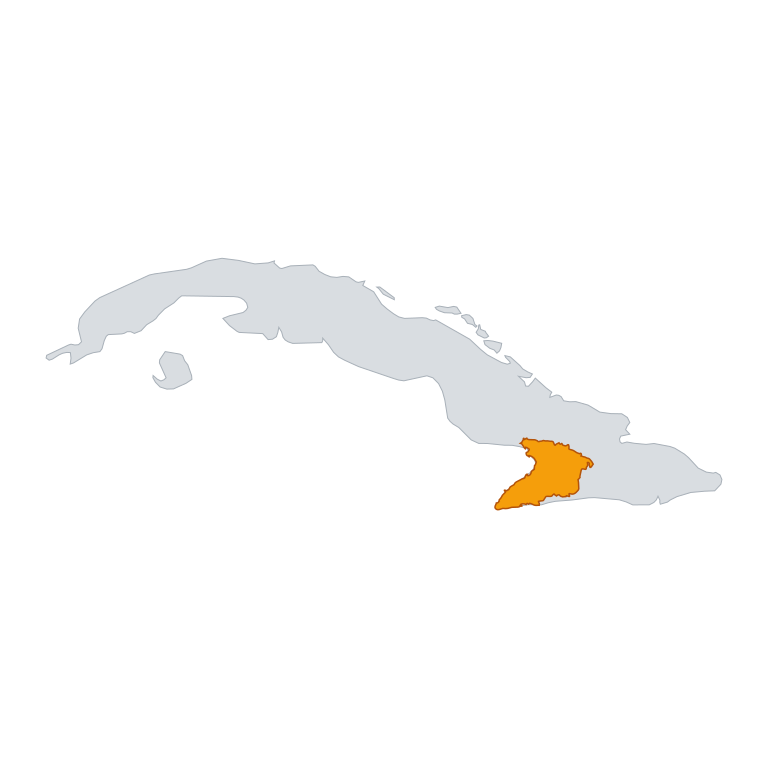 where Granma sits in Cuba
{"feature_id": "CUB-1366", "entity_name": "Granma", "entity_type": "Province", "adm_level": 1, "iso_a3": "CUB", "parent_name": "Cuba", "parent_adm1": "", "projection": "natural_earth1", "projection_center": [-76.9, 20.306], "detail": "fine", "context": "in_parent", "style": "filled", "palette": "amber", "viewbox_px": 768, "rotation_deg": 0, "n_neighbors": 0, "source": "natural_earth", "source_scale": "10m", "svg_char_len": 7448}
<svg xmlns="http://www.w3.org/2000/svg" viewBox="0 0 768 768"><path d="M238.5,260.4L254.9,263.9L268.2,262.9L274.5,260.9L274.0,263.0L279.7,268.1L281.9,268.5L290.5,265.9L312.9,264.9L315.2,266.3L319.1,271.3L324.8,274.5L330.7,276.8L336.8,277.4L343.0,276.4L348.8,276.9L356.0,281.8L358.3,282.4L364.8,281.0L362.8,285.5L373.7,291.8L381.6,304.2L387.4,309.2L393.6,313.8L398.7,316.9L404.5,318.4L422.2,317.7L426.3,318.1L430.1,319.9L433.6,320.6L435.7,319.9L469.7,339.2L480.6,349.4L487.2,354.8L501.5,362.5L507.3,364.2L510.3,363.2L509.7,361.5L505.5,357.2L504.9,355.6L510.3,356.9L520.0,365.6L522.7,368.9L527.5,371.8L532.4,374.0L530.1,377.4L526.1,377.7L518.5,376.3L524.5,381.9L525.6,386.0L528.4,386.3L532.6,381.8L535.3,378.1L546.0,387.8L551.8,392.2L550.3,394.8L549.8,397.4L556.3,395.0L558.7,395.3L561.1,396.6L563.7,400.8L569.7,401.8L575.8,401.6L588.1,405.1L599.8,412.1L610.8,413.6L621.8,413.8L627.4,417.5L629.8,422.5L627.2,426.0L625.6,429.7L629.8,434.2L620.8,436.1L619.5,438.9L620.0,441.8L621.8,443.4L626.9,442.0L634.4,443.3L646.1,444.4L654.0,443.5L670.0,446.5L674.8,448.2L684.3,454.0L688.7,457.8L698.2,468.1L706.3,472.1L713.3,473.1L715.8,472.4L720.0,475.0L721.9,479.5L720.9,484.2L714.7,490.8L704.6,491.2L690.6,492.5L677.0,496.6L670.4,499.9L667.4,502.1L660.3,504.2L659.8,502.4L659.9,500.2L658.0,496.2L656.4,499.8L653.8,502.5L649.3,504.8L632.8,504.9L626.1,501.9L619.3,499.8L594.5,497.6L588.6,497.8L572.0,500.0L555.4,501.3L548.4,502.7L541.5,504.8L528.1,504.7L512.3,507.2L496.4,507.6L506.6,490.7L528.0,474.4L532.1,470.9L534.9,466.4L535.6,463.0L534.7,460.1L529.6,455.0L528.5,451.2L527.0,448.7L519.6,446.6L512.1,445.3L504.2,445.2L487.5,443.5L478.7,443.4L471.2,439.9L458.8,427.5L453.0,424.0L450.0,421.3L447.7,418.1L444.8,399.9L442.4,391.2L438.6,383.6L432.9,377.8L426.9,375.8L403.9,380.8L398.5,380.0L393.3,378.4L358.6,366.6L344.4,360.1L338.5,356.9L333.6,352.3L328.5,344.8L322.7,338.1L322.7,340.8L321.8,342.6L292.7,343.4L288.1,341.8L285.2,340.0L283.1,337.3L281.6,331.9L278.8,327.3L277.9,332.2L276.4,336.7L272.5,339.2L268.1,339.6L262.7,333.6L239.2,332.4L237.1,331.4L229.5,325.6L222.9,318.4L229.5,315.8L243.1,312.5L246.0,310.2L247.8,307.4L246.6,303.1L243.9,300.0L241.2,298.2L238.1,297.1L234.1,296.6L181.7,295.8L178.7,298.1L173.9,302.9L164.6,308.9L158.4,315.2L156.0,318.5L153.1,320.8L146.7,324.7L141.1,330.7L134.4,333.4L130.8,331.7L127.2,331.7L124.5,333.2L121.8,333.9L108.3,334.6L106.3,336.2L104.3,340.5L102.0,348.8L99.9,351.6L93.2,352.7L86.7,354.9L73.6,362.9L70.2,364.1L71.0,358.2L70.4,352.6L66.7,352.4L62.5,353.3L59.0,354.9L52.4,359.1L49.1,360.2L46.1,358.0L46.7,355.3L68.5,345.0L71.0,344.2L74.8,345.0L78.5,344.7L81.5,341.8L78.2,328.2L79.6,319.0L84.8,311.9L94.9,301.1L99.8,297.6L149.4,275.0L154.5,273.9L186.6,269.3L191.5,267.8L206.4,261.1L222.0,258.3L238.5,260.4ZM191.9,379.4L186.0,383.3L173.5,388.9L166.8,389.1L160.1,387.0L155.5,382.3L152.9,377.7L153.1,375.5L157.3,379.2L160.9,381.0L163.9,379.8L166.1,377.8L159.4,362.9L159.7,359.8L165.2,351.6L180.0,354.1L182.6,355.6L184.6,360.7L187.8,364.8L191.6,375.6L191.9,379.4ZM439.3,306.1L447.9,307.6L453.7,306.4L456.8,307.1L461.0,313.3L457.3,314.1L454.3,314.1L452.1,313.0L444.4,312.7L439.3,310.9L436.5,309.3L435.2,307.4L439.3,306.1ZM499.5,350.9L496.9,353.2L494.1,349.9L489.8,348.3L485.0,344.6L483.8,340.8L487.8,340.5L492.9,341.1L501.7,343.3L500.9,347.6L499.5,350.9ZM477.0,326.0L475.8,327.3L472.4,324.5L467.5,323.3L464.6,318.9L461.8,317.3L461.6,315.7L466.2,314.6L469.3,315.1L472.9,318.4L474.9,324.5L477.0,326.0ZM486.3,337.8L484.2,338.0L478.0,334.9L476.1,332.3L478.3,328.8L478.8,325.0L479.7,324.8L480.7,329.4L485.4,331.3L485.7,332.3L488.6,336.2L486.3,337.8ZM394.2,297.7L394.3,299.7L383.3,294.2L378.7,288.5L376.8,287.1L379.8,287.0L394.2,297.7Z" fill="#d9dde1" stroke="#a8b0b8" stroke-width="1"/><path d="M539.3,505.2L535.9,505.4L534.3,505.1L531.2,503.7L529.6,503.3L528.7,504.1L528.3,504.1L527.8,503.6L527.1,503.4L526.5,503.8L526.1,504.5L524.5,503.9L522.7,503.8L521.0,504.2L520.0,505.6L521.8,505.6L521.8,506.1L520.6,506.1L518.9,506.9L517.7,507.1L511.8,507.3L507.8,508.4L505.6,508.6L502.9,508.4L499.0,509.6L497.8,509.7L496.9,509.5L496.1,509.1L495.4,508.4L495.0,507.6L495.1,506.2L496.2,503.7L496.3,503.0L496.8,502.9L497.6,502.8L498.0,502.5L498.5,502.1L498.9,501.3L499.3,501.0L499.1,500.2L499.4,499.6L500.6,498.4L502.0,496.2L502.1,495.8L502.4,495.3L505.4,492.2L505.2,491.6L504.4,490.6L504.5,490.2L505.1,490.2L506.7,490.8L507.4,490.2L508.6,489.7L508.9,489.4L509.0,489.0L510.1,487.1L511.2,486.3L514.0,484.7L515.0,483.0L516.2,482.0L522.5,478.7L523.7,478.5L524.7,477.9L525.7,475.2L526.6,474.3L526.8,474.3L527.0,474.3L527.4,474.3L527.0,475.2L527.4,475.6L528.2,475.7L529.2,475.4L530.0,474.8L530.7,473.8L531.1,472.7L531.3,471.5L531.7,471.1L534.3,469.3L534.5,465.7L535.0,465.2L535.4,464.7L536.3,462.0L534.3,458.5L533.7,457.9L532.0,456.6L529.8,455.6L529.2,455.6L529.6,456.4L529.2,456.9L528.0,456.0L527.0,455.5L526.4,454.7L526.1,453.1L526.3,452.6L526.8,452.3L527.4,452.1L527.9,451.8L529.2,449.8L529.2,449.2L526.9,447.6L525.7,447.3L525.2,448.7L524.0,447.3L522.9,445.5L521.7,443.8L520.3,443.3L520.6,443.1L521.5,442.6L521.8,442.4L521.9,442.2L522.0,442.0L522.1,441.6L522.4,441.1L523.0,440.3L523.1,440.0L523.3,439.5L523.3,438.7L523.5,438.4L523.8,438.3L524.1,438.7L524.3,439.5L524.6,439.5L525.0,439.2L526.0,438.5L526.5,438.2L526.9,438.2L527.1,438.7L527.3,439.1L528.7,439.6L534.9,439.8L537.2,440.7L538.1,441.5L538.5,441.6L539.1,441.6L540.1,441.2L541.0,441.2L541.9,441.0L543.3,440.5L545.9,441.0L546.4,440.9L547.7,440.9L550.4,441.3L551.8,441.3L552.7,441.5L553.3,442.1L554.5,444.9L555.2,445.2L556.2,444.2L556.5,444.0L559.0,442.8L559.3,443.4L559.6,443.8L559.9,444.0L560.4,444.2L561.0,443.9L561.6,443.5L561.8,443.5L562.0,443.7L562.6,444.8L563.0,445.2L563.5,445.4L564.4,445.6L564.9,445.8L565.5,445.9L566.2,445.7L567.9,444.7L568.5,444.8L568.9,446.0L569.0,446.5L569.0,447.4L568.9,448.5L568.9,448.8L569.2,449.1L569.8,449.4L572.7,450.2L573.9,450.8L576.8,452.7L579.0,453.5L579.5,453.7L579.9,453.6L580.1,453.4L580.5,453.3L580.9,453.4L581.1,453.6L581.3,454.1L581.4,454.5L581.0,456.0L581.8,456.1L583.2,456.7L584.8,457.0L585.5,457.3L586.8,458.0L588.5,458.4L589.1,458.7L589.7,459.2L591.6,461.4L593.2,464.1L591.5,466.6L590.7,467.4L590.2,467.4L589.9,467.1L589.6,466.1L589.3,465.4L589.2,465.0L589.2,464.5L589.3,464.1L589.3,463.6L589.2,463.2L588.8,462.8L588.2,462.4L587.7,462.4L587.4,462.5L587.4,462.8L587.6,464.2L587.6,464.9L587.5,465.6L587.3,466.1L587.0,466.5L586.7,466.9L586.4,467.3L586.3,467.6L586.3,468.3L586.2,468.6L586.0,469.1L585.7,469.3L585.1,469.3L583.7,469.0L583.1,468.9L582.1,468.9L581.6,469.4L581.2,470.2L579.9,476.2L579.9,476.5L580.0,477.5L579.0,478.6L578.5,479.3L578.1,479.5L578.0,479.9L578.2,480.4L578.5,482.6L578.8,488.9L578.1,490.3L576.3,492.2L575.4,493.0L574.5,493.5L573.7,493.9L573.1,494.0L572.7,494.1L571.2,494.0L569.4,493.6L569.0,493.9L569.0,494.1L569.1,494.5L569.6,496.0L569.5,496.4L569.1,496.5L567.3,496.0L566.8,495.8L566.4,495.7L566.3,495.8L566.1,496.5L565.8,496.6L564.4,496.7L563.2,496.8L562.7,496.9L562.4,496.8L562.2,496.7L561.0,496.4L560.5,496.1L560.1,495.8L559.5,495.1L559.1,494.8L558.8,494.8L557.6,495.1L557.2,495.3L556.9,495.7L556.6,495.9L556.4,496.0L556.2,495.8L556.0,495.6L555.9,495.4L555.7,495.3L555.3,495.2L555.1,495.1L554.8,494.8L554.7,494.6L554.0,494.0L553.0,494.7L552.0,495.9L551.4,496.2L550.4,496.4L549.0,496.4L548.1,496.3L546.6,496.4L546.2,496.5L545.8,496.7L543.5,500.3L543.1,500.6L542.7,500.7L539.0,501.2L538.5,501.4L538.5,501.6L538.5,501.8L538.7,502.2L539.3,503.5L539.3,505.2Z" fill="#f59e0b" stroke="#b45309" stroke-width="1.5"/></svg>